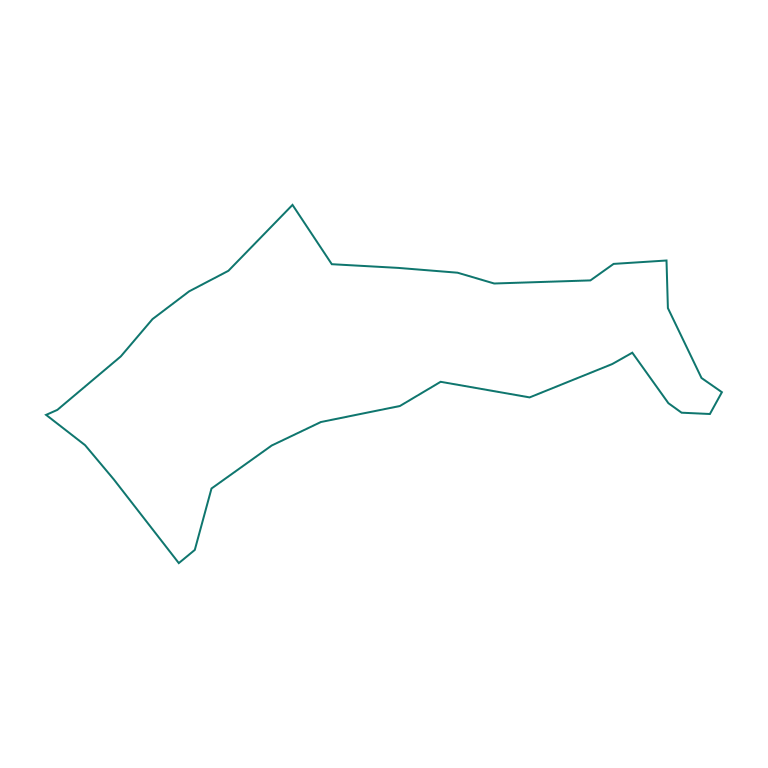 Eastern, American Samoa, United States of America
{"feature_id": "52423323B36058634620210", "entity_name": "Eastern", "entity_type": "district", "adm_level": 2, "iso_a3": "USA", "parent_name": "United States of America", "parent_adm1": "American Samoa", "projection": "albers", "projection_center": [-170.642, -14.28], "detail": "fine", "context": "isolated", "style": "outline", "palette": "teal", "viewbox_px": 768, "rotation_deg": 0, "n_neighbors": 0, "source": "geoboundaries", "source_scale": "gbopen_adm2", "svg_char_len": 520}
<svg xmlns="http://www.w3.org/2000/svg" viewBox="0 0 768 768"><path d="M178.8,563.1L194.8,549.9L211.5,488.5L271.7,445.5L320.9,422.0L399.9,406.0L440.6,381.8L529.6,397.4L612.3,364.0L632.3,352.7L668.4,403.2L681.6,412.7L709.9,414.0L721.9,392.2L701.5,378.0L667.9,308.1L666.5,260.5L613.6,263.9L590.4,280.4L494.2,283.5L457.5,272.7L398.2,267.9L331.8,264.2L292.5,204.9L228.4,270.8L189.2,291.3L152.5,319.1L120.8,356.4L57.3,409.9L46.1,414.9L85.1,445.2L113.7,479.3L178.8,563.1Z" fill="none" stroke="#0f766e" stroke-width="2"/></svg>